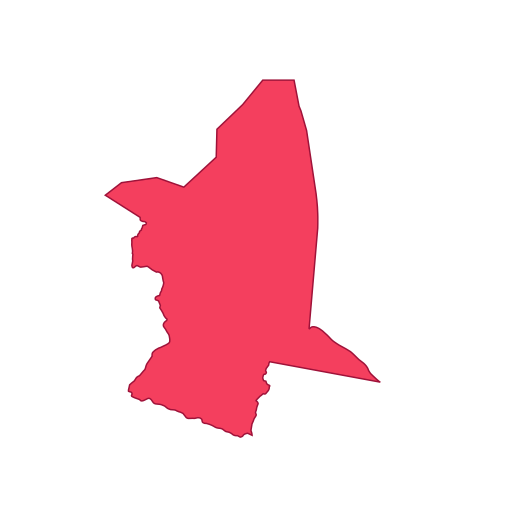 Atima, Santa Bárbara, Honduras (Robinson projection), rotated 202°
{"feature_id": "27666195B460141259069", "entity_name": "Atima", "entity_type": "district", "adm_level": 2, "iso_a3": "HND", "parent_name": "Honduras", "parent_adm1": "Santa Bárbara", "projection": "robinson", "projection_center": [-88.493, 14.908], "detail": "fine", "context": "isolated", "style": "filled", "palette": "rose", "viewbox_px": 512, "rotation_deg": 202, "n_neighbors": 0, "source": "geoboundaries", "source_scale": "gbopen_adm2", "svg_char_len": 6021}
<svg xmlns="http://www.w3.org/2000/svg" viewBox="0 0 512 512"><g transform="rotate(202 256 256)"><path d="M286.6,433.3L315.6,421.6L325.1,391.3L339.7,358.9L329.9,332.7L348.7,292.8L377.4,291.5L408.2,273.6L418.5,255.9L377.9,248.4L377.6,247.8L377.2,246.8L377.0,246.4L376.6,245.9L376.0,245.7L375.1,245.6L374.2,245.6L373.6,245.7L372.5,246.1L371.7,246.2L371.4,246.1L370.1,245.7L370.0,245.4L369.9,244.9L369.9,244.3L370.0,243.9L370.3,243.6L371.0,243.2L372.0,242.3L372.3,242.1L372.4,241.9L372.3,241.2L372.1,239.6L372.3,237.9L372.2,237.6L372.0,237.3L372.0,237.1L372.1,236.8L372.5,236.4L372.8,236.0L373.0,235.5L373.1,235.1L373.1,234.8L372.9,234.3L372.9,233.9L373.0,233.6L373.2,233.0L373.4,232.4L373.5,231.6L373.5,230.9L373.4,230.5L373.1,230.0L373.1,229.7L373.3,229.5L373.5,229.4L374.0,229.2L374.8,229.0L375.2,228.7L375.8,228.0L376.1,227.1L376.4,226.7L376.6,226.5L377.2,226.4L377.4,226.2L377.5,225.9L377.6,225.5L377.5,225.2L377.2,224.7L377.0,223.8L376.7,223.2L376.4,222.7L375.4,219.9L374.6,218.4L373.6,216.8L372.3,214.4L371.9,213.1L371.7,212.2L371.5,211.9L371.0,211.7L370.8,211.5L370.1,209.1L369.7,208.0L369.3,206.8L368.6,205.6L368.3,204.7L367.6,200.9L367.3,200.4L366.9,199.7L366.5,199.3L366.1,199.0L365.7,199.0L365.4,199.1L365.1,199.3L364.8,199.6L364.4,200.3L363.9,201.3L363.6,201.7L363.2,202.2L362.9,202.5L362.4,202.6L359.4,202.4L358.7,202.5L356.2,203.9L353.9,205.3L353.3,205.6L353.0,205.7L352.7,205.7L351.8,205.6L347.0,204.3L342.6,203.8L342.4,203.8L342.0,203.9L341.5,204.2L341.0,204.6L340.3,204.6L339.0,204.6L338.1,204.4L337.3,204.0L336.3,203.4L335.6,202.7L335.2,202.2L334.2,200.5L332.6,198.0L331.9,197.2L331.7,196.9L331.5,196.4L331.3,195.8L331.1,194.5L331.0,193.8L330.9,192.1L331.0,190.1L330.9,189.7L330.7,188.8L330.6,188.0L330.7,187.4L330.9,186.6L330.9,186.1L330.7,184.3L330.6,183.6L330.6,183.3L330.8,183.1L331.6,182.6L332.3,182.0L333.0,181.2L333.5,180.5L333.6,180.1L333.7,179.7L333.6,179.1L333.4,178.6L333.0,178.0L332.8,177.9L332.6,177.8L332.2,177.8L331.2,177.9L330.1,177.9L329.6,177.9L326.2,174.4L326.1,174.0L325.8,171.9L323.1,170.0L320.5,167.9L319.2,166.5L318.0,165.6L316.4,164.6L315.9,164.5L315.3,164.4L315.0,164.2L314.8,164.0L314.7,163.6L314.7,163.1L314.7,162.7L314.9,162.6L315.2,161.8L316.0,160.4L316.1,160.0L316.2,159.4L316.3,158.6L316.2,157.9L316.1,157.3L315.8,156.8L315.5,156.3L315.2,156.0L314.2,155.3L312.7,154.4L309.8,152.1L308.1,151.0L307.3,150.3L306.7,149.7L306.2,148.9L305.2,147.3L304.6,146.2L304.2,145.1L304.0,144.5L303.9,144.0L304.0,143.3L304.2,142.6L304.7,141.8L305.2,141.1L306.3,139.7L308.2,137.7L309.8,135.9L310.3,135.4L311.2,134.6L311.7,134.2L314.0,131.3L314.9,129.6L315.6,128.0L315.7,127.3L315.7,126.8L315.3,125.3L314.9,124.4L314.8,124.1L315.1,122.7L316.5,116.4L316.8,114.8L316.8,113.1L316.5,110.5L316.5,109.4L316.5,109.0L316.7,108.5L317.2,107.3L319.0,101.8L319.4,101.1L320.1,100.4L320.6,99.7L321.0,99.1L321.3,98.4L321.4,98.0L322.0,94.7L323.9,91.3L324.9,89.2L324.6,87.5L324.2,85.0L324.0,83.8L323.5,82.8L322.5,82.8L320.9,83.0L320.3,82.8L319.6,82.3L319.2,81.4L319.2,80.7L319.2,80.2L319.1,79.8L318.7,79.4L317.6,79.2L315.3,79.1L310.4,79.3L309.8,79.2L309.5,79.0L308.8,78.7L308.2,78.7L307.5,78.9L306.4,79.6L305.4,80.6L302.8,83.5L302.0,83.9L301.1,84.1L299.4,83.6L296.3,81.6L295.1,81.2L293.6,81.3L289.8,82.4L288.2,82.7L286.5,82.7L284.6,82.7L281.0,81.6L279.7,81.5L277.6,81.6L274.2,82.7L272.6,82.9L271.5,82.7L268.9,82.7L267.6,82.9L266.1,82.8L264.7,82.7L260.2,80.1L259.8,80.0L259.0,79.9L258.1,80.0L257.5,80.2L255.9,80.9L253.9,81.8L252.4,82.3L252.0,82.5L249.4,84.3L249.0,84.4L248.1,84.7L247.1,84.8L246.0,84.6L245.2,84.3L244.9,84.0L244.2,82.9L243.5,82.0L242.9,81.7L241.9,81.6L241.0,81.6L239.8,82.0L239.2,82.2L237.2,82.4L235.9,82.5L233.6,82.5L231.6,82.3L229.6,82.0L228.3,82.0L226.9,82.2L224.6,82.8L223.9,82.9L223.0,83.0L221.9,82.9L219.5,82.2L218.5,82.0L217.9,82.0L215.0,82.5L214.5,82.5L213.4,82.4L212.1,82.2L210.5,81.7L209.8,81.6L208.8,81.6L207.6,81.8L207.0,82.0L206.2,82.4L205.7,82.5L204.9,82.4L203.2,82.2L202.7,82.2L202.3,82.5L201.8,82.9L201.0,83.8L200.8,84.4L200.6,85.3L200.5,85.6L200.3,85.9L199.9,86.5L199.5,86.9L198.6,87.7L197.6,88.4L197.3,88.5L196.6,88.5L192.5,88.3L192.9,89.1L193.5,90.1L194.1,90.9L194.9,91.8L195.4,92.6L195.5,93.0L196.8,98.8L196.7,102.3L196.8,103.3L196.8,104.2L196.7,105.1L196.3,107.1L196.2,108.3L196.3,108.7L196.6,109.3L196.9,109.6L197.3,109.9L197.5,110.2L197.8,110.7L197.9,111.2L198.0,111.8L198.0,112.8L198.1,113.4L198.2,114.2L198.4,114.9L198.6,116.2L198.7,118.0L198.7,119.3L198.7,119.7L198.8,120.0L199.1,120.4L199.6,120.9L200.2,121.3L201.7,121.8L201.8,121.9L201.8,122.0L201.7,122.6L201.3,123.7L200.1,126.6L199.8,127.4L198.9,128.8L198.0,130.6L197.8,130.9L197.6,131.1L196.9,131.1L196.0,131.4L195.7,131.7L195.4,132.1L194.2,135.8L194.1,137.0L194.1,137.8L194.3,138.7L194.7,139.7L194.7,140.0L194.5,140.6L194.6,140.8L194.9,141.0L195.3,141.1L196.2,141.1L197.0,141.2L197.5,141.3L197.9,141.5L198.2,141.7L198.7,142.1L199.9,143.6L200.9,143.5L201.8,143.3L202.1,143.4L202.3,143.4L202.8,143.8L203.1,144.3L203.3,144.5L204.1,145.4L204.3,146.6L204.5,147.8L204.5,148.4L204.4,148.9L204.3,149.2L204.1,149.5L203.4,149.7L203.1,150.1L202.8,150.6L202.7,151.3L202.7,151.7L202.9,152.1L203.5,152.7L204.0,153.1L204.1,153.3L204.2,153.6L204.3,154.2L204.4,155.4L204.3,156.1L204.2,156.4L204.0,156.9L203.9,157.9L203.5,158.8L203.4,159.5L203.4,159.8L203.7,160.6L203.8,161.0L203.8,161.7L203.7,163.1L93.5,185.6L94.8,185.8L97.8,186.8L102.7,188.7L105.4,189.8L106.8,190.6L108.0,191.5L108.8,192.1L110.3,193.7L111.8,194.8L113.1,195.6L114.6,196.3L115.8,196.8L117.1,197.2L120.4,198.1L121.8,198.5L124.5,199.6L128.6,201.3L130.7,202.1L132.5,202.7L134.8,203.1L137.9,203.6L145.5,204.5L148.2,205.0L151.4,205.7L153.2,206.2L154.8,206.8L160.1,209.2L164.0,210.6L166.1,211.4L167.7,211.8L169.4,212.2L170.5,212.4L172.0,212.5L173.7,212.5L175.3,212.2L176.5,211.8L177.3,211.4L178.1,210.7L178.4,210.1L178.9,209.1L179.2,208.6L179.4,208.6L179.6,208.7L179.7,208.9L209.2,304.9L210.8,309.1L213.3,315.3L214.6,318.3L217.4,324.4L220.4,330.3L223.6,336.2L256.1,391.3L268.7,407.4L272.2,411.0L286.6,433.3Z" fill="#f43f5e" stroke="#9f1239" stroke-width="1.5"/></g></svg>